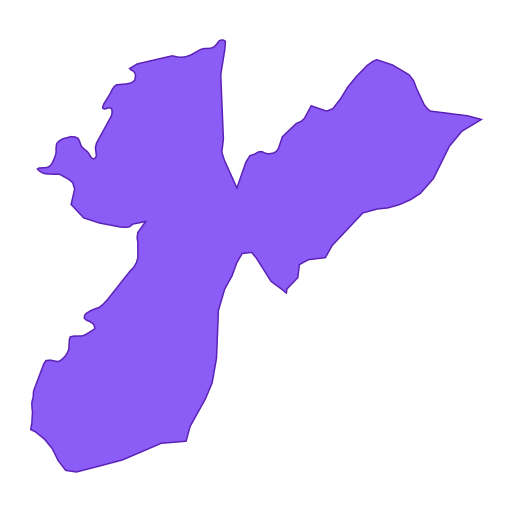 SVG path tracing the border of An Nabatiyah
{"feature_id": "LBN-3059", "entity_name": "An Nabatiyah", "entity_type": "Province", "adm_level": 1, "iso_a3": "LBN", "parent_name": "Lebanon", "parent_adm1": "", "projection": "orthographic", "projection_center": [35.465, 33.278], "detail": "fine", "context": "isolated", "style": "filled", "palette": "violet", "viewbox_px": 512, "rotation_deg": 0, "n_neighbors": 0, "source": "natural_earth", "source_scale": "10m", "svg_char_len": 2720}
<svg xmlns="http://www.w3.org/2000/svg" viewBox="0 0 512 512"><path d="M281.4,289.0L271.1,281.4L256.4,258.2L251.7,252.4L242.2,253.5L236.8,262.7L232.0,275.9L224.7,289.1L218.4,310.5L216.5,358.3L212.1,383.0L205.2,399.3L190.1,426.4L186.1,441.2L161.1,443.3L122.3,460.0L76.4,472.0L65.7,470.4L58.1,460.5L52.5,449.0L44.5,439.2L35.4,431.8L30.7,429.6L31.9,422.6L32.5,411.6L32.1,409.1L31.8,403.9L32.0,401.7L33.2,397.2L33.4,392.7L33.7,390.6L43.7,364.1L45.9,360.6L50.3,360.1L56.5,361.4L58.5,361.4L60.1,360.7L61.5,359.8L65.3,356.1L67.3,352.9L68.8,349.2L69.4,339.4L70.2,336.9L73.6,336.1L81.1,336.0L83.4,335.6L85.9,334.4L93.8,329.5L94.9,328.1L93.8,324.6L92.0,323.0L89.9,321.6L87.8,320.8L85.8,319.7L84.3,318.1L84.5,315.9L86.0,313.5L90.6,310.7L93.8,309.3L99.1,307.4L103.0,304.4L107.5,299.6L130.0,271.1L133.7,267.4L136.4,262.7L137.9,257.6L137.8,241.8L137.1,237.9L137.8,232.5L145.6,221.6L133.0,224.0L129.4,226.8L126.1,227.3L120.8,227.1L99.4,223.0L83.7,217.9L71.1,204.4L74.7,189.0L72.7,182.8L70.7,180.9L68.6,179.3L59.9,174.4L57.8,174.1L55.6,174.3L46.6,173.9L44.3,173.5L42.1,172.6L39.9,171.3L38.2,169.9L37.4,169.0L39.1,168.0L46.7,167.6L49.7,166.2L52.1,163.4L54.8,157.3L55.8,153.9L56.2,151.1L56.0,149.9L56.3,145.7L56.8,143.5L58.9,141.1L62.8,138.8L71.0,136.6L75.2,137.0L78.1,138.4L79.3,140.6L80.8,144.9L81.8,146.8L83.6,148.6L87.3,151.6L88.7,153.3L89.6,155.0L91.5,157.8L93.2,158.9L95.0,158.4L96.4,155.9L95.4,147.6L96.6,142.9L111.2,116.3L111.9,114.1L112.1,111.7L111.9,109.6L110.7,108.1L108.9,107.8L104.7,109.0L103.0,108.5L102.7,107.0L103.8,103.9L110.4,93.3L112.2,89.4L114.3,86.4L116.5,84.8L125.7,84.0L130.8,83.0L132.9,81.9L134.8,80.0L135.6,75.3L134.7,72.6L132.8,70.8L130.8,69.8L129.6,68.5L137.3,63.9L172.3,55.8L178.5,57.2L183.6,57.1L186.1,56.6L190.8,55.0L199.8,49.9L202.0,49.0L204.6,48.5L209.2,48.4L211.4,48.0L213.6,47.1L215.6,45.4L217.1,43.6L218.9,41.2L219.0,41.0L221.1,40.0L222.9,40.0L224.4,40.6L225.0,41.0L225.3,41.2L225.4,41.4L224.8,49.6L220.9,73.6L220.8,76.2L223.4,139.1L221.8,152.1L224.3,160.0L236.9,188.0L245.9,162.1L250.0,155.6L253.4,154.6L255.0,153.9L257.7,152.3L259.3,151.7L261.0,151.6L262.8,152.0L264.3,152.8L266.3,153.5L268.8,153.8L273.4,153.1L276.1,151.6L278.1,149.1L278.9,147.1L282.4,136.7L296.4,123.4L301.2,121.4L304.4,118.4L311.2,105.8L326.6,111.1L332.9,108.6L340.8,98.4L347.5,87.4L356.2,76.7L367.3,65.3L372.8,61.4L376.8,59.7L392.6,65.0L409.1,74.8L413.7,80.8L416.2,87.7L424.1,104.6L427.5,108.8L430.4,111.1L467.6,115.8L480.7,119.3L481.3,119.5L461.9,131.2L449.5,146.1L433.4,178.6L420.3,193.4L410.7,199.6L399.5,204.6L387.9,207.9L377.2,209.0L362.9,212.9L332.2,245.4L325.4,257.6L308.4,259.7L299.4,264.6L297.8,277.6L286.9,289.0L286.4,292.9L286.3,293.1L281.6,289.1L281.4,289.0Z" fill="#8b5cf6" stroke="#5b21b6" stroke-width="1.5"/></svg>